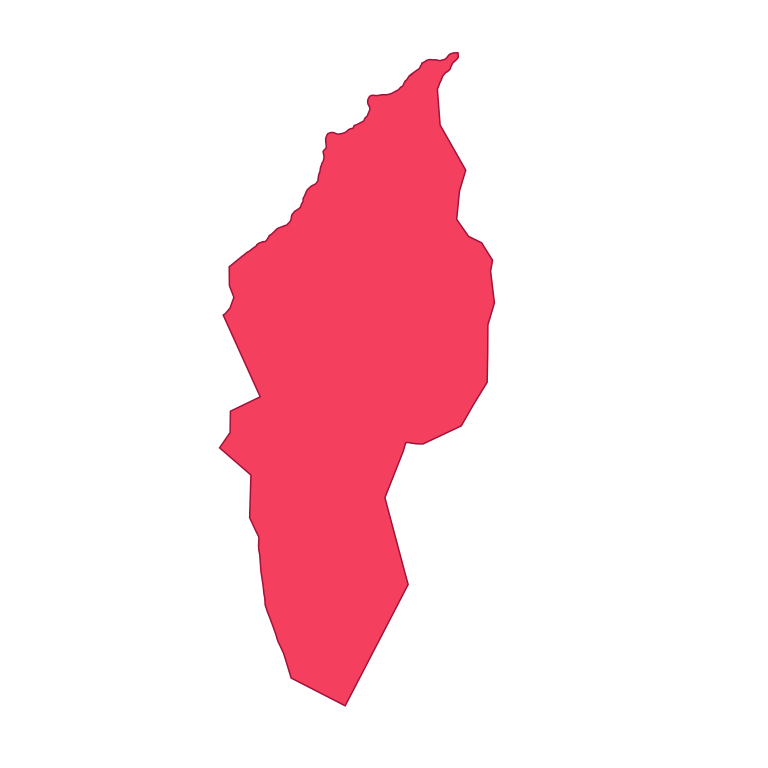 the district of San Pedro Mixtepec -Dto. 26 -, Oaxaca, Mexico, rotated 63°
{"feature_id": "50627088B31998279857894", "entity_name": "San Pedro Mixtepec -Dto. 26 -", "entity_type": "district", "adm_level": 2, "iso_a3": "MEX", "parent_name": "Mexico", "parent_adm1": "Oaxaca", "projection": "albers", "projection_center": [-96.262, 16.226], "detail": "fine", "context": "isolated", "style": "filled", "palette": "rose", "viewbox_px": 768, "rotation_deg": 63, "n_neighbors": 0, "source": "geoboundaries", "source_scale": "gbopen_adm2", "svg_char_len": 3062}
<svg xmlns="http://www.w3.org/2000/svg" viewBox="0 0 768 768"><g transform="rotate(63 384 384)"><path d="M249.6,496.0L339.2,500.1L338.5,533.2L357.4,543.2L366.2,559.5L404.7,543.9L442.1,564.4L456.2,564.9L463.2,565.0L464.9,565.6L471.3,569.3L475.4,571.0L479.9,572.3L484.8,574.4L495.0,578.7L501.9,581.0L507.4,582.8L511.7,584.4L516.1,586.1L520.8,587.5L526.9,590.2L534.0,591.3L541.4,592.0L549.8,593.0L557.6,594.0L564.6,595.3L578.2,595.7L603.9,600.2L653.1,564.7L573.6,453.5L556.8,450.0L485.7,434.8L460.6,406.4L452.4,397.1L446.3,391.5L446.7,389.7L451.6,382.9L455.1,376.6L456.4,334.2L442.7,313.2L429.3,291.3L404.2,277.9L378.5,264.6L361.9,248.8L331.8,237.8L323.1,231.1L302.5,232.9L290.9,241.6L270.3,244.5L246.3,229.1L230.6,214.1L178.6,216.4L145.4,202.5L143.7,200.3L141.7,198.4L139.1,195.0L136.4,192.0L135.1,189.1L134.5,187.8L134.5,185.6L134.0,183.7L133.3,181.9L131.9,180.6L130.4,178.6L129.7,177.9L129.0,176.6L128.6,174.6L128.2,173.4L127.7,171.5L127.1,170.7L126.8,169.7L125.4,168.9L124.5,168.6L123.9,168.3L122.9,167.8L122.3,167.8L121.3,170.1L120.7,171.3L120.1,174.3L120.0,175.9L121.0,178.5L121.9,180.3L122.4,182.2L122.1,183.2L121.6,186.2L120.9,188.1L119.9,189.1L118.7,190.5L117.9,192.4L117.0,193.9L115.7,195.8L115.1,198.4L114.9,199.6L115.3,200.5L115.3,202.2L115.4,203.3L115.2,204.4L116.6,205.7L117.0,206.8L118.4,208.3L119.1,209.9L119.3,212.2L120.4,219.2L120.8,219.0L121.1,220.2L120.7,221.2L121.0,221.7L121.1,221.9L121.5,222.5L122.4,224.3L123.1,225.1L123.6,227.1L123.6,227.6L127.3,232.5L127.0,234.1L127.5,235.3L128.4,237.6L128.5,246.0L127.7,249.7L125.1,255.0L124.5,257.3L124.2,258.4L123.8,259.4L122.9,260.9L121.5,263.2L121.0,265.1L121.5,266.8L123.0,268.9L124.1,269.9L125.4,270.6L127.4,271.2L128.8,271.1L131.8,271.3L133.3,272.3L135.5,274.9L137.7,277.4L138.5,280.4L140.4,282.5L140.5,287.4L140.6,290.9L140.1,293.1L142.0,295.4L141.8,296.3L141.4,297.7L141.2,299.8L142.0,302.8L142.2,304.8L141.7,307.9L140.4,311.9L137.6,314.3L136.4,315.7L135.6,317.9L135.5,320.5L136.6,322.2L138.8,324.5L141.4,325.8L145.5,327.3L147.4,328.4L148.7,331.9L149.2,332.7L150.1,333.0L151.2,333.4L152.3,333.6L153.6,334.0L154.6,334.4L156.6,335.9L158.2,337.4L159.2,339.2L160.5,340.3L161.7,341.7L163.2,343.0L165.0,344.1L166.1,345.2L167.4,346.7L168.9,347.9L171.0,349.4L173.0,350.7L174.7,354.1L174.6,358.7L175.2,361.0L176.1,364.1L177.4,366.0L180.4,369.5L181.8,371.7L184.5,373.2L186.1,375.7L188.5,378.1L189.1,380.4L189.4,382.9L189.6,385.3L190.3,386.7L191.2,388.9L192.7,390.4L194.3,391.5L195.8,392.7L196.9,394.6L197.6,396.9L198.2,398.5L197.6,402.3L197.6,403.5L197.4,405.0L197.1,407.3L197.3,409.3L197.7,410.7L198.4,412.5L198.7,413.7L199.2,415.3L199.5,416.9L199.7,419.0L200.3,419.5L200.6,419.9L201.1,420.9L201.7,421.8L202.3,422.6L202.5,423.2L202.8,424.1L203.1,425.0L202.9,425.9L202.4,426.8L202.1,427.8L202.0,429.3L201.7,431.3L201.9,432.5L202.1,434.0L203.0,435.1L203.2,436.8L203.6,439.3L203.8,440.5L204.2,441.9L204.5,444.1L204.5,446.2L205.0,448.6L205.5,450.5L205.8,452.6L209.3,468.7L226.2,477.1L238.6,478.4L241.6,481.6L246.4,486.7L249.2,493.3L249.6,496.0Z" fill="#f43f5e" stroke="#9f1239" stroke-width="1.5"/></g></svg>